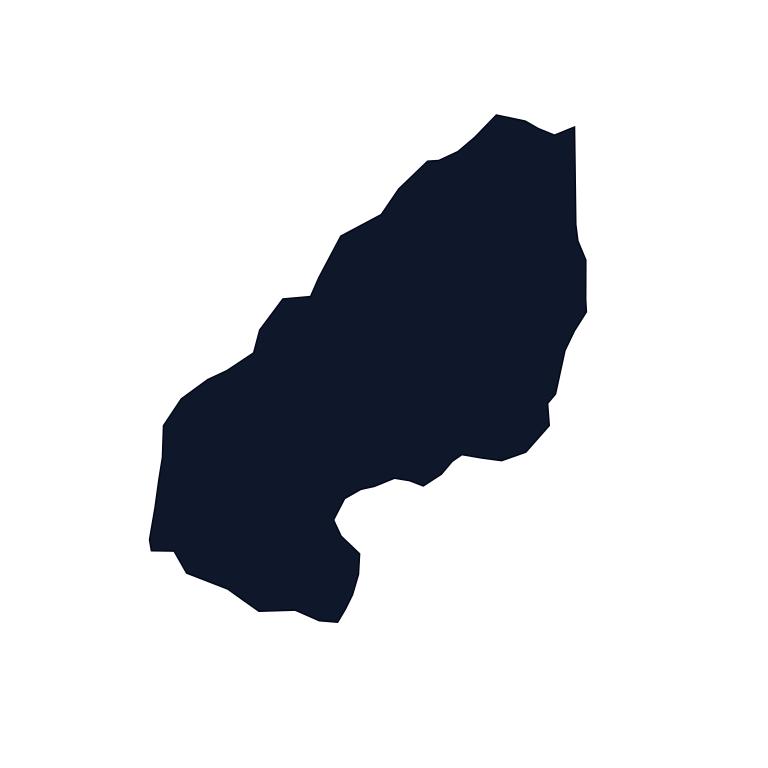 outline of Mesa Chorio, Paphos, Cyprus, rotated 155°
{"feature_id": "46923920B48384337432530", "entity_name": "Mesa Chorio", "entity_type": "district", "adm_level": 2, "iso_a3": "CYP", "parent_name": "Cyprus", "parent_adm1": "Paphos", "projection": "equal_earth", "projection_center": [32.469, 34.809], "detail": "fine", "context": "isolated", "style": "filled", "palette": "ink", "viewbox_px": 768, "rotation_deg": 155, "n_neighbors": 0, "source": "geoboundaries", "source_scale": "gbopen_adm2", "svg_char_len": 927}
<svg xmlns="http://www.w3.org/2000/svg" viewBox="0 0 768 768"><g transform="rotate(155 384 384)"><path d="M250.3,567.5L288.1,554.6L314.9,538.7L360.6,536.3L398.3,507.8L413.6,494.3L439.7,503.8L473.8,485.5L489.0,467.3L520.9,462.5L541.9,462.5L573.9,456.2L601.4,439.5L615.9,411.0L628.3,392.7L644.2,368.1L662.3,342.0L665.3,331.2L644.9,321.3L642.8,296.0L612.3,264.2L601.8,245.6L593.4,230.9L560.1,216.6L542.7,196.8L526.7,187.7L514.1,196.3L501.5,206.4L487.6,222.2L477.9,240.4L487.2,264.3L487.2,282.1L468.1,296.8L449.6,298.3L436.1,295.3L414.3,294.2L401.7,285.6L391.5,275.0L370.2,278.0L354.9,285.1L343.3,287.1L326.5,275.5L309.8,264.8L284.3,262.3L251.8,276.5L243.9,297.3L232.8,302.4L205.8,337.9L189.1,351.6L170.1,363.8L165.4,375.5L148.7,411.0L147.8,431.8L142.7,447.6L102.7,536.4L124.4,537.5L136.3,550.4L144.8,562.5L168.5,580.3L197.5,569.2L218.7,563.4L239.9,563.4L250.3,567.5Z" fill="#0f172a" stroke="#020617" stroke-width="1.5"/></g></svg>